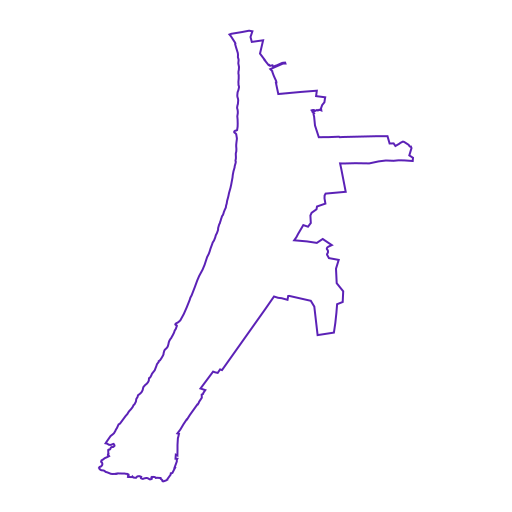 outline of Saulkrasti, Saulkrastu, Latvia
{"feature_id": "27541924B54567786635158", "entity_name": "Saulkrasti", "entity_type": "district", "adm_level": 2, "iso_a3": "LVA", "parent_name": "Latvia", "parent_adm1": "Saulkrastu", "projection": "robinson", "projection_center": [24.41, 57.259], "detail": "fine", "context": "isolated", "style": "outline", "palette": "violet", "viewbox_px": 512, "rotation_deg": 0, "n_neighbors": 0, "source": "geoboundaries", "source_scale": "gbopen_adm2", "svg_char_len": 6030}
<svg xmlns="http://www.w3.org/2000/svg" viewBox="0 0 512 512"><path d="M229.5,34.5L230.9,36.2L234.9,42.4L235.4,43.4L235.1,44.0L236.0,47.2L237.8,53.0L238.0,54.9L237.9,57.2L238.5,59.2L238.6,60.2L238.3,63.3L239.0,67.0L238.9,68.4L238.8,70.1L238.5,71.2L238.4,73.5L238.7,75.0L238.7,78.6L238.4,81.9L238.5,83.9L238.5,85.1L238.9,86.1L239.0,87.3L238.4,90.1L237.6,92.2L237.3,95.3L237.4,96.8L238.0,98.8L238.2,100.3L237.9,104.0L237.5,105.2L237.2,106.9L237.1,107.9L237.3,108.8L237.6,109.8L237.8,111.6L237.8,113.2L237.3,116.3L237.6,119.5L237.7,123.7L237.6,126.8L237.1,130.1L236.4,130.5L235.6,130.6L235.2,130.7L234.4,131.3L234.2,131.7L234.2,131.9L234.2,132.2L234.6,132.7L235.5,133.3L236.2,134.1L236.9,138.4L236.8,139.6L236.4,142.8L236.2,144.9L236.2,146.4L236.4,149.0L236.3,151.3L236.0,152.6L235.8,153.4L235.8,154.9L235.9,156.7L235.9,158.1L235.8,159.1L235.5,160.3L235.5,161.0L235.8,161.8L235.6,163.0L234.7,166.2L234.6,167.4L233.5,171.2L232.8,174.8L232.5,177.6L231.2,184.6L230.5,187.8L229.0,193.1L228.5,195.6L228.1,197.3L227.1,200.9L226.7,203.6L226.1,205.5L225.8,207.6L224.8,209.7L223.8,212.2L223.5,213.4L222.9,215.0L222.2,215.9L221.9,216.5L221.6,217.6L221.1,218.9L220.6,220.8L220.2,221.8L219.9,223.1L219.3,224.2L218.9,225.3L218.6,226.5L218.3,227.4L218.1,228.4L218.1,229.5L217.9,230.4L216.8,233.4L216.1,234.6L215.7,235.6L215.2,237.5L214.0,240.5L212.7,242.5L212.1,244.3L210.5,248.6L209.7,251.3L208.8,253.8L207.1,257.1L204.6,264.8L202.6,269.6L199.2,275.9L197.3,280.3L194.7,287.4L191.6,295.4L190.4,297.6L189.7,299.9L186.7,307.4L183.8,314.0L180.3,320.4L178.3,322.2L175.9,323.5L175.4,324.1L175.3,324.4L175.4,324.6L175.7,324.9L176.6,325.3L176.9,325.8L176.7,326.3L175.8,328.9L174.7,330.6L174.0,332.7L172.5,335.7L172.0,336.4L171.7,337.1L171.1,338.2L170.4,339.0L169.4,340.7L168.8,342.3L168.4,344.3L167.7,346.6L166.7,348.0L164.8,349.8L164.3,350.7L163.6,353.2L163.5,354.3L163.0,355.5L161.3,358.4L160.0,360.3L158.7,361.2L158.6,362.1L157.7,363.2L156.9,364.3L156.6,365.4L154.7,370.3L152.0,373.7L151.4,375.2L150.5,376.9L149.9,377.7L149.2,378.0L149.0,378.3L148.8,380.6L148.0,382.2L146.8,383.7L145.2,385.0L143.5,386.9L143.1,388.0L142.7,389.9L141.8,391.8L140.7,393.1L139.2,394.4L138.3,395.0L138.0,395.3L137.8,396.0L137.6,396.9L136.3,399.0L135.9,401.6L134.5,404.3L133.5,405.2L132.6,407.1L130.9,409.3L129.3,411.0L128.3,412.4L127.4,414.0L125.6,416.0L120.0,423.6L118.6,424.4L116.9,428.1L115.9,429.6L115.4,430.8L114.0,433.2L112.8,434.3L110.6,436.0L106.6,441.7L105.6,443.3L107.0,443.6L109.0,444.8L110.9,444.9L112.8,444.1L113.6,443.9L114.5,445.3L114.4,446.0L113.8,446.5L113.1,447.0L111.5,447.1L110.9,447.6L110.6,448.1L110.4,448.8L109.9,449.4L109.5,449.6L108.7,449.6L108.2,450.0L108.3,453.0L108.5,453.7L108.0,454.2L107.9,455.0L108.7,455.5L109.1,456.1L107.4,457.0L104.7,458.2L103.2,459.4L101.5,460.4L101.1,461.8L101.9,462.4L102.3,463.4L102.3,464.7L101.9,465.5L100.9,466.5L99.6,466.9L99.0,467.9L99.5,468.4L99.6,469.1L100.6,469.9L101.7,470.3L103.0,470.4L104.1,470.7L104.5,470.9L105.6,471.9L107.4,472.4L110.8,473.8L112.7,474.0L114.5,473.9L116.0,474.0L116.5,473.9L116.4,473.6L117.6,473.4L121.3,473.5L124.5,473.5L125.8,473.8L127.3,473.9L128.5,474.5L128.7,475.1L127.9,475.9L128.1,476.6L128.9,476.9L128.8,477.0L132.3,477.1L132.5,476.6L133.3,477.4L133.7,477.6L134.9,477.7L136.0,477.8L136.2,477.6L136.7,477.0L137.4,476.4L138.7,476.2L139.6,476.2L141.1,476.8L140.8,477.4L140.9,478.1L141.0,478.2L142.5,478.9L142.9,478.9L144.2,478.4L146.2,478.0L146.9,478.0L147.9,478.3L149.6,479.3L150.0,479.4L151.0,479.2L151.8,478.8L151.8,478.6L151.5,478.1L151.4,477.7L151.4,477.3L151.7,477.0L151.9,476.9L152.9,477.0L153.4,476.9L154.3,477.0L154.7,477.1L155.7,477.6L155.8,477.9L157.4,477.8L160.6,478.0L160.8,478.9L161.7,479.6L162.3,480.2L162.3,480.8L162.6,481.2L162.9,481.3L163.6,481.3L165.9,480.5L167.3,479.7L167.2,479.4L170.6,474.7L170.8,473.3L171.2,473.3L172.4,472.9L174.6,468.6L175.0,467.9L174.5,467.8L176.8,461.5L176.8,459.8L177.3,458.8L175.5,458.7L175.8,454.7L177.4,455.5L177.5,450.7L177.5,444.9L177.9,438.1L178.3,436.8L179.0,433.8L177.4,433.4L180.3,429.6L183.5,424.2L186.7,419.4L187.0,419.5L189.9,414.9L197.4,404.4L197.7,404.5L198.5,403.3L199.1,401.8L201.8,397.7L201.7,394.6L203.1,393.9L203.4,392.8L205.3,390.1L200.5,388.5L213.1,371.6L215.0,372.3L217.7,372.9L220.1,369.4L222.0,370.1L265.4,308.9L274.0,296.5L278.1,297.8L281.6,298.2L287.5,299.8L288.2,296.0L289.2,295.9L310.8,300.8L314.3,306.6L317.6,335.1L333.9,332.6L335.3,323.1L336.4,312.9L337.1,304.2L342.7,302.0L343.2,291.3L336.7,283.2L336.0,268.7L338.7,259.9L328.9,258.1L328.7,257.7L327.1,254.8L327.0,254.4L327.1,254.0L327.9,252.6L328.0,251.5L327.8,250.3L326.9,249.2L326.8,248.8L326.9,248.2L327.3,247.5L328.3,246.7L331.8,245.1L322.7,239.0L316.8,242.9L306.9,241.4L294.2,240.3L296.5,237.0L298.0,234.1L303.3,225.1L308.0,226.7L310.8,223.0L310.4,215.5L311.6,212.8L316.5,209.3L317.0,206.5L325.4,203.6L324.5,198.3L324.6,195.5L325.6,193.6L345.7,191.8L341.3,169.1L340.1,163.4L343.4,163.5L355.2,163.2L369.3,163.4L378.6,161.4L385.9,160.5L393.6,160.8L398.6,160.3L404.2,160.4L412.7,161.0L413.0,157.8L409.3,155.4L411.5,148.1L410.9,146.6L410.5,146.7L409.9,146.5L409.4,146.0L408.6,144.8L404.4,142.1L403.7,141.8L402.9,141.6L400.5,142.8L399.2,143.8L395.4,146.0L393.6,143.4L389.6,143.5L387.5,136.2L376.6,136.2L342.8,137.0L339.7,137.2L339.0,136.7L329.3,137.1L318.8,137.2L315.0,125.5L314.1,116.5L313.6,114.6L313.5,113.4L313.8,113.3L312.7,112.1L313.4,111.8L311.8,110.3L312.3,110.1L313.8,110.0L314.8,110.5L314.9,110.8L315.2,110.9L317.0,110.0L317.9,110.5L319.1,109.8L319.7,110.0L319.9,109.9L320.2,109.5L320.4,109.5L320.6,110.1L321.3,110.4L321.0,108.3L322.2,105.0L324.4,102.3L324.9,98.9L325.2,97.3L316.1,96.1L316.8,90.7L301.4,91.9L278.3,94.0L276.8,87.0L275.9,82.6L276.4,82.5L276.3,81.7L276.1,80.9L274.7,77.9L273.7,75.6L272.3,71.8L272.3,71.2L270.3,69.1L282.7,63.7L283.8,63.5L285.4,63.5L285.1,62.6L283.6,62.7L282.2,62.9L275.8,65.8L275.6,65.7L273.2,66.7L272.5,65.3L270.0,65.8L269.2,64.9L268.6,65.1L264.6,60.1L264.8,60.0L260.0,53.6L263.1,40.3L251.8,41.9L250.5,37.0L252.4,31.3L249.1,30.7L241.7,32.1L231.3,33.8L229.5,34.5Z" fill="none" stroke="#5b21b6" stroke-width="2"/></svg>